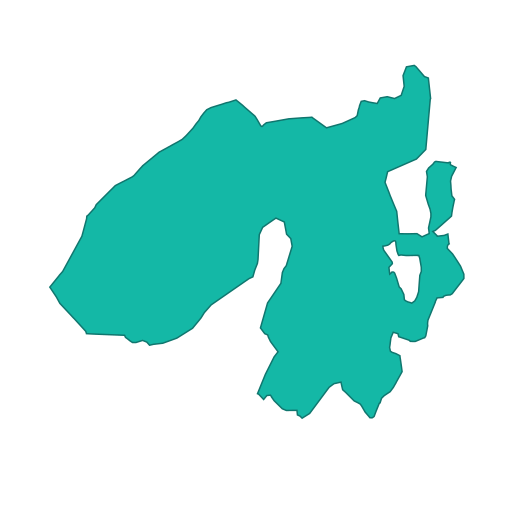 outline of Hazm Al Odayn, Ibb, Yemen, rotated 354°
{"feature_id": "15242507B15559631909516", "entity_name": "Hazm Al Odayn", "entity_type": "district", "adm_level": 2, "iso_a3": "YEM", "parent_name": "Yemen", "parent_adm1": "Ibb", "projection": "albers", "projection_center": [43.968, 14.112], "detail": "fine", "context": "isolated", "style": "filled", "palette": "teal", "viewbox_px": 512, "rotation_deg": 354, "n_neighbors": 0, "source": "geoboundaries", "source_scale": "gbopen_adm2", "svg_char_len": 5111}
<svg xmlns="http://www.w3.org/2000/svg" viewBox="0 0 512 512"><g transform="rotate(354 256 256)"><path d="M91.9,198.7L91.4,201.3L86.7,213.6L84.9,218.2L62.1,251.2L58.4,254.6L58.1,255.0L47.7,265.4L53.2,275.9L56.0,282.6L68.2,298.8L68.5,299.1L78.8,313.1L79.3,315.3L79.3,315.5L84.8,316.4L91.6,317.4L117.0,321.1L117.7,323.3L119.5,324.9L121.8,327.2L124.1,329.1L127.5,329.5L134.4,328.1L138.4,330.2L140.8,333.6L144.8,333.1L154.2,333.0L168.7,329.4L185.4,321.2L187.5,319.1L192.0,314.7L194.8,311.9L198.7,306.9L201.1,304.7L206.3,299.9L219.6,292.6L246.6,277.8L250.7,276.4L253.3,269.9L256.6,263.6L257.6,259.8L261.5,235.1L265.6,228.2L271.5,224.9L277.5,221.6L278.1,221.3L279.8,220.4L286.2,224.2L287.7,225.1L288.7,237.5L292.4,242.3L292.6,245.1L293.0,250.1L289.4,258.6L286.7,265.0L286.3,266.1L286.2,266.1L285.7,267.4L285.3,268.3L285.1,268.8L282.5,271.5L280.5,275.2L277.9,285.8L262.6,303.9L255.8,320.8L252.9,328.0L256.6,334.2L259.4,335.7L259.8,337.9L261.5,342.6L262.6,344.5L267.3,352.5L267.9,353.6L263.5,358.2L253.0,374.6L243.1,393.1L244.3,393.8L248.6,399.5L252.2,395.9L255.8,395.9L256.9,397.9L256.8,398.0L258.9,401.8L266.2,410.7L270.1,412.8L273.7,413.1L280.6,413.8L280.6,418.4L282.9,419.7L284.9,422.1L292.9,418.2L297.6,413.1L315.0,394.2L318.9,391.9L320.3,391.1L322.3,390.9L327.3,390.3L327.9,395.6L328.2,398.0L328.3,398.2L329.8,399.8L330.9,401.0L338.5,410.4L341.7,412.4L344.1,414.1L344.4,414.5L345.5,416.5L348.2,422.6L349.1,423.9L351.6,427.5L352.3,428.7L353.7,429.0L354.9,429.0L356.7,427.9L359.1,423.1L363.2,415.4L364.0,415.1L366.0,410.6L368.9,408.3L371.5,406.9L375.2,405.0L378.9,401.0L380.1,399.3L380.8,398.3L380.9,398.2L381.8,397.0L382.4,396.0L389.0,386.6L389.2,386.3L389.1,381.8L389.0,379.1L388.8,373.5L388.7,372.2L388.7,370.2L384.9,367.7L381.2,366.0L379.7,364.7L379.5,362.7L379.3,360.9L380.0,358.3L380.3,357.0L380.5,356.1L381.6,351.5L384.5,346.2L389.1,348.1L389.5,351.2L392.2,352.4L394.8,353.6L398.1,355.1L399.4,355.7L400.3,356.7L400.5,357.0L403.9,357.5L405.6,357.6L413.8,355.1L415.2,354.9L416.5,353.2L417.2,350.9L419.5,343.4L419.5,342.9L419.5,341.5L419.8,339.8L420.3,337.8L429.5,320.6L429.7,319.8L429.9,319.5L431.7,316.6L432.1,316.6L437.6,316.7L438.4,315.7L440.6,315.0L442.4,314.9L442.6,314.9L445.1,315.0L447.2,314.0L447.4,313.8L448.7,312.4L452.7,308.2L457.6,303.1L460.4,300.1L460.8,295.8L458.7,288.7L458.3,287.4L456.5,283.8L453.7,278.3L451.7,274.5L447.0,268.4L447.4,266.2L447.8,265.4L448.4,264.7L449.4,264.1L449.2,263.6L449.1,254.2L445.3,255.2L438.4,255.3L438.4,255.0L434.4,250.1L437.0,249.3L437.9,248.7L452.9,238.0L454.6,236.7L455.4,233.3L456.7,228.7L457.0,227.7L457.9,224.9L458.3,223.7L458.6,222.6L459.4,220.4L457.1,216.6L457.0,209.9L457.2,206.1L457.3,201.8L458.9,197.1L464.3,188.9L462.0,187.6L459.0,185.6L458.8,185.0L458.9,184.3L459.2,183.5L458.9,183.0L457.9,183.0L457.0,183.5L446.3,181.1L444.8,180.7L443.4,181.2L441.5,183.2L436.9,186.5L434.4,189.7L434.7,195.1L431.3,212.3L431.1,213.6L432.7,222.4L434.0,227.6L434.4,232.0L434.0,235.5L433.0,238.6L430.5,246.2L430.6,249.0L430.6,250.4L430.6,251.8L423.1,254.3L418.4,250.6L412.5,250.1L408.9,249.8L408.1,249.7L400.7,248.8L400.6,237.3L400.6,230.1L400.6,226.3L399.2,221.7L397.8,217.0L396.4,212.2L395.8,210.3L394.8,206.3L394.5,205.3L392.6,198.4L392.0,196.2L393.5,192.2L395.7,185.9L408.2,181.9L424.2,176.8L425.6,176.4L436.0,167.8L445.7,118.2L446.1,117.8L446.0,97.0L444.4,96.2L442.3,95.2L440.7,92.9L434.9,84.5L433.3,83.0L425.4,83.6L425.1,84.2L421.1,92.0L421.1,102.8L417.2,111.4L410.2,113.9L409.8,113.7L403.2,111.3L396.1,111.8L392.5,117.0L387.8,115.7L384.1,114.6L380.2,112.9L376.8,113.2L374.7,117.3L374.2,119.0L373.1,121.3L371.4,126.7L371.3,126.9L371.3,127.0L369.1,128.7L355.6,133.2L353.3,133.6L339.5,135.9L326.3,124.1L326.1,123.8L324.3,123.8L317.8,123.5L315.9,123.4L302.9,123.0L289.3,124.0L281.6,124.5L280.2,124.6L277.5,126.3L277.4,126.4L277.2,126.5L276.3,127.4L275.6,127.8L274.8,127.6L273.9,126.1L271.5,120.7L269.7,117.0L269.3,116.5L260.3,106.9L258.4,104.7L257.5,103.8L252.4,98.7L244.9,100.3L243.6,100.4L242.5,100.5L236.6,101.8L236.4,101.8L231.3,102.8L226.8,103.7L222.3,105.4L219.1,108.3L215.7,111.9L213.3,115.3L210.3,118.2L206.7,122.3L199.0,129.1L194.8,132.3L189.9,134.5L185.5,136.3L176.3,140.2L170.5,142.6L152.9,154.3L152.7,154.4L152.7,154.5L149.6,157.2L143.0,163.3L140.9,164.5L125.9,170.3L123.4,171.3L117.3,176.2L102.5,188.2L100.7,191.2L93.5,197.7L91.9,198.7ZM397.6,269.5L398.1,270.4L400.2,270.1L405.3,271.2L406.4,271.3L408.3,271.5L416.6,272.2L416.6,272.4L417.9,272.5L418.1,273.3L418.6,275.3L419.2,284.5L418.8,288.6L416.9,292.4L414.0,308.5L411.6,313.9L409.2,317.3L405.9,319.2L405.2,318.7L404.0,318.2L402.2,317.5L400.4,316.4L399.1,315.2L399.0,314.7L399.0,312.8L399.0,311.6L399.0,311.4L399.0,309.7L397.8,306.3L396.9,303.8L395.2,301.8L395.0,300.9L393.5,292.8L392.1,287.5L391.3,286.5L390.8,286.3L390.0,286.2L389.4,286.2L388.6,287.0L387.1,288.0L387.0,282.3L387.0,282.1L387.0,281.2L390.8,277.9L390.8,276.8L390.8,276.3L387.5,270.4L383.6,263.5L383.2,260.9L383.2,259.5L385.3,259.4L388.2,259.0L390.3,258.0L391.4,256.9L393.0,256.0L394.4,255.4L395.3,255.3L396.2,255.7L396.5,257.2L396.4,259.3L396.6,263.6L396.7,265.7L397.6,269.5Z" fill="#14b8a6" stroke="#0f766e" stroke-width="1.5"/></g></svg>